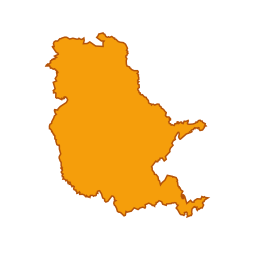 outline of Pedro Ascencio Alquisiras, Guerrero, Mexico, rotated 284°
{"feature_id": "50627088B24291579486400", "entity_name": "Pedro Ascencio Alquisiras", "entity_type": "district", "adm_level": 2, "iso_a3": "MEX", "parent_name": "Mexico", "parent_adm1": "Guerrero", "projection": "mercator", "projection_center": [-99.877, 18.526], "detail": "fine", "context": "isolated", "style": "filled", "palette": "amber", "viewbox_px": 256, "rotation_deg": 284, "n_neighbors": 0, "source": "geoboundaries", "source_scale": "gbopen_adm2", "svg_char_len": 5777}
<svg xmlns="http://www.w3.org/2000/svg" viewBox="0 0 256 256"><g transform="rotate(284 128 128)"><path d="M51.3,106.1L52.0,107.0L51.5,107.8L53.5,107.9L54.1,110.1L53.5,111.1L54.2,111.7L54.5,113.0L55.1,113.4L57.1,113.2L57.3,114.5L59.1,113.7L60.2,115.2L59.9,116.1L58.7,116.9L58.2,117.9L54.0,120.4L53.4,122.5L51.6,123.0L50.8,124.4L52.0,126.2L58.1,128.8L58.2,130.0L57.0,131.7L55.1,132.2L54.6,133.8L53.5,132.4L51.6,132.4L50.0,133.3L49.3,134.6L47.2,136.4L44.7,137.8L44.1,139.1L44.3,140.5L43.8,142.1L41.8,145.4L42.7,146.5L46.5,146.3L46.1,147.4L48.1,151.3L52.0,153.3L51.3,157.5L53.5,159.2L54.8,161.6L54.4,163.8L55.6,164.1L57.6,163.2L60.1,166.3L59.6,169.0L58.7,170.3L59.2,170.8L58.5,172.7L59.4,172.5L61.1,173.7L62.5,173.4L62.8,174.4L65.0,175.7L64.6,178.5L62.5,180.1L62.2,183.8L63.7,183.9L65.2,188.3L66.0,188.9L66.2,190.2L66.8,191.0L67.0,192.5L65.4,194.0L65.2,195.3L62.0,194.1L60.6,196.1L57.3,199.2L56.7,200.3L57.0,202.0L56.7,203.4L58.2,204.0L59.6,203.2L60.6,205.1L59.8,206.1L58.5,206.1L57.8,206.9L56.1,206.9L58.1,209.7L58.5,209.8L58.5,210.6L60.2,210.9L61.7,210.1L64.8,209.7L67.5,211.1L67.9,211.8L67.2,212.2L67.8,214.1L66.0,214.0L64.8,215.2L66.6,216.0L66.4,216.6L68.2,218.1L68.3,219.3L71.6,220.0L73.2,218.4L74.0,218.5L75.1,219.6L76.7,219.8L79.6,222.6L79.3,219.9L79.8,218.6L79.0,217.9L79.4,216.3L76.7,215.9L76.1,212.3L73.6,209.9L72.0,209.9L71.6,208.1L73.0,206.2L69.0,203.3L75.3,199.6L76.6,198.0L76.3,196.9L75.9,196.9L73.7,199.0L73.0,198.9L72.7,197.8L74.8,196.2L77.2,195.9L79.9,196.5L80.6,194.4L82.6,192.8L82.5,192.0L83.4,191.9L83.9,190.5L87.6,189.1L88.1,188.4L89.3,188.7L91.5,186.7L91.7,184.0L91.2,183.4L91.8,182.8L91.6,177.6L86.3,176.4L83.3,174.3L80.7,173.3L84.3,171.4L84.9,170.2L87.9,168.9L89.7,166.4L89.5,164.9L91.0,164.2L93.1,161.6L95.2,161.1L96.0,160.2L102.6,163.0L102.1,164.2L102.6,165.1L104.1,165.2L104.8,166.5L106.4,166.4L107.1,168.6L104.8,171.1L106.9,172.7L109.3,171.2L115.2,174.4L116.7,173.8L118.8,174.1L122.2,175.9L123.7,174.3L124.3,174.4L127.2,175.2L127.2,175.7L128.4,176.7L129.3,176.0L130.8,175.9L135.8,177.5L136.1,178.3L134.6,179.2L131.6,179.3L130.4,180.2L129.7,181.2L129.9,181.6L136.4,186.1L137.9,188.5L139.0,188.7L138.7,189.7L139.9,190.9L140.8,189.8L141.7,190.5L142.3,191.8L143.3,191.8L143.6,193.1L144.4,192.8L144.7,194.9L144.4,195.4L145.4,196.0L145.4,196.8L144.1,197.1L143.0,198.5L144.1,200.8L147.2,202.0L148.2,201.7L148.9,203.2L149.9,201.8L150.9,201.9L151.5,199.1L152.7,198.2L152.3,197.0L153.0,196.1L152.2,194.5L150.3,193.9L150.3,192.6L149.2,192.5L147.6,190.2L146.3,186.3L146.4,184.8L146.9,184.5L149.5,184.8L149.9,184.5L148.4,182.6L148.2,180.9L145.6,180.4L145.7,179.1L146.5,178.9L146.7,178.3L146.4,177.5L144.8,176.3L146.0,175.6L145.9,174.4L144.4,174.8L144.4,173.8L143.8,173.6L143.5,172.5L141.6,172.2L141.8,170.0L141.3,169.2L142.4,168.3L142.3,167.1L143.9,166.0L145.6,166.7L146.4,166.2L146.3,167.2L147.1,167.1L148.6,165.1L148.1,163.0L148.8,161.7L149.5,161.2L150.0,161.5L151.2,161.1L151.7,161.5L152.3,161.3L152.9,160.0L154.4,158.3L155.2,156.6L155.1,155.7L156.7,154.8L157.0,153.4L158.6,152.3L158.3,150.5L156.7,148.4L157.2,146.9L156.8,145.7L156.0,145.2L156.9,144.6L156.9,143.3L157.4,142.0L159.6,141.1L161.2,138.8L162.1,138.3L162.1,136.4L163.8,133.9L163.3,132.8L163.9,131.5L164.2,131.8L165.1,131.2L165.1,130.2L166.4,129.6L167.5,128.2L168.7,128.1L170.0,129.1L172.7,128.2L172.8,127.4L173.6,126.7L174.3,126.5L175.5,127.3L175.9,125.9L176.8,125.9L177.8,126.7L179.8,126.1L181.1,125.2L182.0,125.4L183.2,123.6L184.1,124.4L185.3,124.2L185.9,123.4L185.1,120.0L185.6,117.1L186.6,116.1L186.6,115.4L187.6,114.7L187.9,112.0L189.5,111.0L192.9,110.0L195.1,110.1L196.1,108.8L197.4,108.5L198.0,109.3L199.4,109.3L200.3,109.9L201.2,108.9L201.7,109.4L202.5,109.0L202.9,107.8L205.2,108.2L208.7,105.3L209.7,102.8L209.3,99.4L209.6,97.5L211.2,94.7L211.0,93.7L212.0,93.2L211.7,92.7L212.9,90.1L211.5,88.2L211.8,87.0L211.1,86.4L211.2,85.2L211.6,84.2L213.3,82.8L213.6,81.1L214.2,80.8L212.1,76.9L210.4,76.7L208.3,75.7L206.0,81.1L206.5,83.7L204.9,83.1L201.1,84.1L199.7,76.8L202.3,70.1L200.1,68.0L199.0,64.3L202.4,64.3L204.6,63.4L202.8,61.9L202.6,60.4L203.2,58.7L202.4,58.3L201.8,57.1L201.8,52.8L200.2,49.9L201.2,46.6L200.9,44.8L199.2,42.0L198.4,41.3L198.2,40.3L195.3,38.7L195.0,36.8L193.9,35.6L191.9,35.2L189.1,36.7L188.7,35.6L189.0,34.5L184.0,40.1L183.6,41.9L182.6,42.5L180.0,39.3L179.2,41.5L177.2,39.1L177.5,40.9L176.0,37.7L175.1,37.5L174.4,36.6L173.4,36.6L172.6,37.2L171.7,36.2L170.3,35.7L170.2,35.2L170.8,35.2L170.8,34.7L169.2,33.6L168.3,33.4L169.3,37.0L168.2,37.7L168.0,38.3L167.4,38.4L167.7,38.9L167.0,41.3L167.7,42.5L166.7,43.7L166.7,44.4L165.5,45.2L165.9,45.6L165.1,46.5L164.4,46.3L164.3,45.4L161.7,46.5L158.3,45.4L156.4,47.3L154.2,44.4L148.4,47.8L146.0,46.4L145.4,47.3L144.2,47.5L143.8,46.6L144.7,49.1L144.4,49.6L140.2,50.5L139.7,51.7L140.3,52.7L139.5,56.8L140.8,56.7L140.5,57.9L142.3,58.5L141.6,59.1L143.0,59.6L143.0,60.2L142.2,61.5L140.7,62.7L137.8,62.0L132.5,57.1L129.8,55.6L128.4,55.4L128.1,52.4L127.4,52.3L126.8,53.1L126.3,52.8L124.5,54.1L124.0,55.1L121.7,53.6L120.2,53.6L115.5,52.5L114.0,52.7L112.7,51.4L110.8,51.3L108.3,52.0L108.4,52.7L107.0,54.6L105.9,54.8L106.0,55.5L104.7,56.4L104.0,57.5L103.5,57.4L102.7,58.9L99.7,59.7L99.1,61.3L98.1,61.0L94.7,63.0L94.3,64.7L94.7,65.3L94.2,65.7L91.0,66.5L86.6,69.0L83.8,68.2L82.3,68.4L79.6,70.2L78.4,71.5L75.2,72.3L74.7,72.9L73.9,72.8L73.5,73.6L72.8,72.7L72.1,73.6L72.5,74.0L71.1,74.6L69.1,73.8L68.1,74.8L67.6,76.1L66.3,75.5L64.9,76.1L65.1,77.0L64.8,77.4L62.7,77.2L63.1,78.5L62.5,80.0L61.8,80.4L62.6,81.3L62.0,81.7L61.3,83.1L60.4,82.8L59.7,83.4L61.1,84.0L61.4,84.8L60.8,85.3L59.3,85.1L59.6,86.0L57.5,87.9L58.5,88.5L58.2,89.9L55.7,90.0L55.0,90.8L55.1,92.5L54.1,92.9L53.4,94.0L52.2,94.2L52.7,95.2L54.3,96.3L53.8,96.9L51.9,97.2L52.7,99.9L52.3,102.0L51.1,103.5L51.2,104.1L52.3,104.1L51.3,106.1Z" fill="#f59e0b" stroke="#b45309" stroke-width="1.5"/></g></svg>